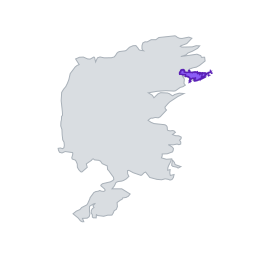 Corca Dhuibhne Lea-3, Kerry, Ireland shown in context, rotated 191°
{"feature_id": "5873133B90266849375515", "entity_name": "Corca Dhuibhne Lea-3", "entity_type": "district", "adm_level": 2, "iso_a3": "IRL", "parent_name": "Ireland", "parent_adm1": "Kerry", "projection": "albers", "projection_center": [-10.264, 52.188], "detail": "fine", "context": "in_parent", "style": "filled", "palette": "violet", "viewbox_px": 256, "rotation_deg": 191, "n_neighbors": 0, "source": "geoboundaries", "source_scale": "gbopen_adm2", "svg_char_len": 7928}
<svg xmlns="http://www.w3.org/2000/svg" viewBox="0 0 256 256"><g transform="rotate(191 128 128)"><path d="M158.3,41.1L153.8,44.6L153.2,45.9L152.0,51.0L151.9,52.4L149.2,58.1L147.6,59.4L145.1,60.3L143.8,61.3L142.0,60.9L139.7,61.1L138.6,62.1L138.7,62.9L139.4,63.7L143.7,66.2L143.5,67.2L142.3,68.5L135.0,71.8L132.8,73.6L132.1,74.9L132.9,76.9L139.1,82.7L140.1,83.3L141.1,86.8L146.5,88.1L148.7,90.2L150.6,90.7L154.7,90.3L156.3,91.1L157.2,90.4L157.7,89.3L162.1,84.8L160.5,81.6L164.9,76.0L166.1,76.0L168.3,77.6L170.2,79.8L170.9,82.9L172.7,85.6L173.9,86.5L176.8,86.9L177.5,88.0L177.2,92.0L177.7,93.3L185.2,92.9L188.0,90.9L190.6,91.1L192.0,92.9L192.7,94.7L190.5,95.5L188.2,95.2L187.1,96.5L187.2,98.9L188.1,101.9L189.8,103.9L191.3,108.7L192.6,114.0L194.4,117.2L195.0,121.2L194.9,123.2L195.4,126.7L194.7,128.0L195.5,131.4L198.8,142.0L199.9,150.3L198.7,153.6L197.0,156.7L196.0,160.3L195.3,164.2L195.1,170.4L191.5,177.8L189.9,179.7L188.0,180.9L192.6,185.8L189.1,188.2L185.3,189.1L180.9,188.1L178.3,188.4L175.0,191.2L174.2,190.7L172.4,186.6L171.4,191.0L169.0,192.4L164.8,192.3L157.7,193.8L155.1,195.1L154.0,197.1L153.2,199.3L152.2,200.6L151.0,201.4L145.5,203.2L144.5,203.9L142.0,207.5L138.8,209.7L136.0,210.4L133.5,208.4L132.5,207.2L131.3,206.6L127.5,206.8L128.7,207.4L129.5,208.8L130.0,211.6L129.6,214.4L127.8,215.8L125.6,216.2L122.1,219.1L117.5,220.0L115.0,222.7L99.7,227.4L98.8,227.4L96.6,226.3L94.3,225.9L92.0,226.2L85.6,228.8L82.4,228.3L86.4,222.1L91.7,218.9L92.3,218.1L90.5,217.7L80.4,219.9L76.8,221.8L73.3,222.3L74.9,219.5L79.5,215.6L83.4,213.1L85.1,210.8L89.8,208.2L74.4,213.6L70.4,212.9L69.4,211.4L66.3,212.1L65.1,208.5L69.7,203.1L72.5,200.8L75.7,199.5L78.8,197.7L79.9,195.5L78.4,194.8L69.2,195.3L64.7,194.9L65.0,193.1L65.8,191.2L70.4,187.8L72.9,187.3L75.1,187.6L79.0,189.6L84.2,188.9L82.0,186.8L81.6,182.5L79.9,181.0L82.0,179.0L84.5,177.8L88.5,173.6L89.9,173.0L97.8,171.9L106.4,169.6L114.8,166.4L110.4,164.8L108.3,162.6L105.1,167.2L102.7,168.9L95.9,169.9L93.7,169.5L90.6,168.1L89.7,168.6L88.8,169.7L84.3,172.0L79.6,172.5L85.1,168.4L92.0,161.6L93.5,159.4L95.7,155.6L95.0,153.9L93.6,153.0L98.5,145.2L100.2,143.8L103.4,143.5L105.8,142.3L106.8,142.2L107.7,141.8L109.8,139.4L106.6,138.0L103.3,137.3L93.1,138.2L91.8,138.1L90.5,137.4L89.7,136.4L89.0,133.7L88.3,133.2L86.0,133.2L83.8,134.0L82.2,133.9L80.6,132.8L83.1,130.1L79.9,129.5L76.7,130.0L74.0,129.2L73.9,127.5L75.1,125.9L73.5,124.3L73.2,122.3L74.9,121.3L76.7,121.6L80.5,120.1L85.3,119.3L81.2,117.9L79.5,116.6L79.4,114.7L79.7,113.1L84.5,110.2L89.5,109.0L89.1,107.1L89.5,105.1L84.4,104.6L79.3,106.0L79.9,102.3L81.0,98.8L81.3,96.6L81.0,94.1L78.7,95.2L78.4,91.8L77.4,89.5L73.9,91.1L74.0,88.0L75.0,85.8L76.8,84.9L78.6,85.3L81.9,85.2L85.1,83.6L89.8,83.1L97.2,83.6L102.3,88.1L103.6,87.2L105.6,84.3L106.6,84.0L114.3,85.1L119.1,86.6L120.3,86.1L119.6,82.9L117.9,80.7L119.9,77.8L122.3,75.7L124.0,74.7L127.8,73.4L129.4,72.2L130.4,68.4L132.1,65.2L122.5,67.1L113.3,63.6L114.7,61.0L116.6,59.5L119.9,58.3L120.2,56.9L121.8,55.7L124.5,52.7L123.4,48.8L123.9,46.0L125.8,44.1L126.4,41.4L127.2,39.4L131.2,38.6L135.0,36.7L141.0,36.3L142.5,36.9L142.1,33.7L144.9,33.2L146.0,33.8L146.5,36.1L147.9,37.5L148.3,40.0L147.6,42.0L146.2,43.5L147.6,45.0L145.6,47.9L147.8,46.6L150.8,43.8L150.5,41.5L149.9,38.8L149.0,36.3L149.2,33.5L150.9,31.7L155.5,30.6L153.5,27.6L155.1,27.2L157.0,27.8L159.7,30.1L165.6,33.3L162.9,36.5L159.6,38.8L158.3,41.1ZM78.3,103.5L78.2,105.0L75.9,103.1L74.8,101.1L68.7,100.2L71.2,98.2L72.5,98.8L76.8,98.9L78.0,99.7L78.3,103.5Z" fill="#d9dde1" stroke="#a8b0b8" stroke-width="1"/><path d="M87.5,190.6L86.4,190.9L86.0,190.8L85.1,191.0L84.8,190.9L84.5,190.6L84.3,190.5L84.1,190.7L84.2,190.9L83.8,191.0L83.6,190.8L82.9,191.2L82.4,191.1L82.0,191.3L81.7,191.4L81.6,191.2L81.7,190.2L81.5,189.6L80.1,190.0L79.8,190.0L79.4,189.7L79.1,189.9L78.4,189.9L78.3,189.7L77.9,189.5L77.7,189.2L77.1,189.0L76.8,188.8L76.9,188.7L77.2,189.0L76.4,188.1L76.2,187.7L76.2,187.4L76.5,187.3L76.6,187.2L76.4,186.8L76.4,186.3L76.6,186.0L76.8,185.9L76.6,185.6L76.4,185.8L76.5,185.9L76.5,186.0L76.2,186.2L75.9,186.0L76.0,185.8L75.8,185.9L75.6,185.8L75.2,185.9L75.2,186.0L75.3,186.1L75.6,186.2L76.0,186.7L76.0,187.2L75.8,187.6L75.4,188.1L74.5,188.9L74.0,189.2L72.8,189.3L72.5,189.2L72.5,189.3L72.9,189.4L72.6,189.7L72.6,189.8L72.5,189.6L72.3,189.5L71.6,189.7L71.5,190.0L71.3,189.9L71.4,189.6L72.0,189.1L72.0,188.9L72.4,188.4L72.0,188.2L71.9,188.2L72.1,187.7L72.1,187.0L71.5,186.8L70.4,187.3L70.4,187.5L70.5,187.7L70.4,187.8L70.2,187.8L70.1,187.6L69.9,187.6L69.6,187.7L69.4,187.6L68.8,188.0L68.8,187.9L68.7,188.1L68.6,188.3L68.5,188.5L68.2,188.6L67.8,188.6L67.7,188.7L67.8,188.7L67.8,188.9L67.5,189.2L67.4,189.5L67.2,189.4L67.3,189.6L67.2,189.5L67.1,189.4L66.6,189.8L66.5,189.7L66.4,189.7L66.1,189.9L66.0,189.7L65.9,189.8L65.8,189.7L65.7,189.7L65.5,189.9L65.4,190.2L65.2,190.5L65.3,190.6L65.7,190.7L65.8,190.6L65.8,190.9L65.1,191.7L65.1,191.8L65.1,192.0L65.6,192.3L65.5,192.6L65.3,192.9L65.3,193.0L65.1,192.8L65.0,192.7L64.9,192.6L64.5,192.6L64.0,192.4L64.0,192.2L64.0,191.9L64.3,191.3L64.2,191.1L64.0,191.4L63.7,191.3L63.4,191.6L63.4,191.8L62.9,191.9L62.2,192.5L62.5,192.6L62.8,192.7L62.7,192.8L63.0,192.7L63.2,192.9L62.9,192.9L62.8,193.1L62.7,193.3L62.5,193.5L62.4,193.6L62.4,193.8L62.5,193.8L62.3,194.0L62.0,194.0L62.2,194.3L62.4,194.4L62.2,195.0L62.4,195.1L62.5,195.3L62.4,195.4L62.5,195.4L62.6,195.5L62.4,196.0L62.0,196.0L61.9,196.2L62.4,196.2L62.7,196.4L62.7,196.8L62.8,196.8L63.4,196.7L63.5,196.6L64.1,196.5L64.4,196.5L64.6,196.3L64.8,196.3L65.1,196.4L65.3,196.2L65.5,196.4L65.8,196.4L66.1,196.2L65.7,196.1L65.5,195.8L65.3,195.9L65.2,195.6L65.1,195.8L65.1,195.7L65.4,195.2L65.7,195.0L66.3,195.3L66.5,195.5L66.4,195.6L66.7,195.5L66.8,195.7L66.8,195.9L67.4,195.9L67.6,196.1L67.8,196.1L68.2,195.9L68.3,196.0L68.7,195.9L68.8,195.7L68.6,195.5L68.2,195.4L67.6,195.3L67.4,195.2L67.2,195.2L67.5,195.0L67.6,194.8L68.0,194.8L68.0,194.5L68.3,194.7L68.2,194.8L68.3,194.8L68.3,194.7L68.4,194.8L68.4,194.7L68.5,194.7L68.4,194.7L68.5,194.8L68.4,194.9L68.6,195.0L68.8,195.2L68.8,195.4L68.9,195.6L69.2,195.6L69.2,195.8L69.6,195.7L69.9,195.6L70.1,195.7L70.3,195.3L70.3,195.2L70.1,195.1L70.0,194.9L70.2,194.7L70.4,194.9L70.6,194.9L70.4,195.0L70.3,195.5L70.6,195.6L70.6,195.8L70.6,196.0L70.9,196.0L70.9,196.3L71.8,195.8L72.0,195.6L72.6,195.7L72.4,196.0L72.5,195.9L72.7,196.0L72.9,195.9L73.1,195.9L73.4,195.7L73.6,195.3L74.1,195.5L74.5,195.2L74.8,195.2L75.4,194.9L75.4,194.7L75.8,194.8L76.0,194.7L77.5,194.4L77.9,195.0L78.4,196.0L78.7,196.3L79.0,196.3L79.2,196.1L78.8,195.7L78.7,195.5L78.8,195.3L78.6,195.1L78.6,194.9L78.3,194.8L77.8,194.4L78.2,194.5L78.5,194.3L79.5,194.2L80.2,193.9L80.5,193.9L80.8,193.7L81.1,193.8L81.3,193.6L82.1,193.7L82.7,193.6L82.8,193.6L82.7,193.8L82.9,193.9L83.2,193.6L83.3,193.3L83.3,193.5L83.4,193.4L83.3,193.5L83.5,193.7L83.6,194.0L83.4,194.4L83.4,194.7L83.6,194.7L83.7,194.8L83.8,195.2L84.4,195.4L84.4,195.6L84.4,195.9L84.7,195.9L84.8,195.9L85.0,195.3L85.7,195.3L86.0,195.3L86.1,195.6L86.4,195.5L86.5,195.3L86.3,195.2L86.4,194.9L86.9,194.8L86.8,194.6L87.2,194.5L87.1,194.2L87.1,193.7L87.3,193.6L87.3,193.4L87.2,193.0L87.4,193.0L87.5,192.9L87.9,192.7L87.9,191.7L87.5,190.6ZM60.0,196.8L59.1,197.4L59.1,197.5L58.9,197.7L58.7,198.0L59.3,197.9L59.2,197.7L59.7,197.4L59.8,197.4L59.9,197.2L60.1,197.3L60.5,196.9L60.8,196.9L60.8,196.7L61.1,196.4L60.9,196.3L60.8,196.1L60.7,196.1L60.6,196.3L60.6,196.2L60.6,196.5L60.4,196.7L60.0,196.8ZM58.7,195.1L58.4,195.3L58.8,195.4L58.8,195.2L59.0,195.2L59.0,194.8L58.9,194.7L58.8,194.8L58.7,195.0L58.7,195.1ZM57.7,199.3L57.7,199.2L57.5,199.4L57.6,199.5L57.9,199.6L58.0,199.7L58.0,199.4L57.7,199.3ZM57.7,198.8L57.6,199.0L58.0,198.8L58.0,198.6L57.9,198.5L57.7,198.8ZM56.4,197.7L56.2,197.8L56.3,198.0L56.5,197.8L56.4,197.7ZM76.2,185.1L76.4,185.1L76.4,184.9L76.2,185.1ZM61.0,195.7L61.0,195.9L61.0,196.0L61.1,195.8L61.0,195.7ZM75.4,184.7L75.6,184.7L75.4,184.7ZM75.2,184.6L75.4,184.5L75.2,184.6ZM76.4,184.8L76.5,184.9L76.4,184.8Z" fill="#8b5cf6" stroke="#5b21b6" stroke-width="1.5"/></g></svg>